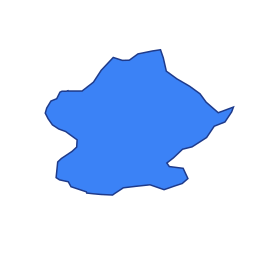 the district of Lemona, Paphos, Cyprus, rotated 36°
{"feature_id": "46923920B60992584913895", "entity_name": "Lemona", "entity_type": "district", "adm_level": 2, "iso_a3": "CYP", "parent_name": "Cyprus", "parent_adm1": "Paphos", "projection": "robinson", "projection_center": [32.562, 34.851], "detail": "fine", "context": "isolated", "style": "filled", "palette": "blue", "viewbox_px": 256, "rotation_deg": 36, "n_neighbors": 0, "source": "geoboundaries", "source_scale": "gbopen_adm2", "svg_char_len": 903}
<svg xmlns="http://www.w3.org/2000/svg" viewBox="0 0 256 256"><g transform="rotate(36 128 128)"><path d="M57.5,133.1L56.4,134.6L53.0,137.0L51.9,139.0L53.1,146.2L49.8,151.5L50.5,159.6L52.3,164.6L58.0,167.5L65.0,169.9L72.6,169.5L79.6,167.5L85.8,167.5L93.8,167.5L97.7,173.6L96.5,179.7L92.0,191.9L91.1,196.8L99.0,210.4L103.1,210.2L111.3,206.6L116.4,209.0L131.9,204.1L132.8,204.9L138.1,201.9L145.3,197.6L154.9,191.3L155.7,188.9L159.4,179.1L168.7,170.5L179.2,161.0L193.4,156.7L196.2,152.7L199.8,147.5L204.5,141.0L206.2,133.7L196.3,128.2L184.1,134.9L180.0,133.5L182.3,125.5L184.6,113.1L190.9,105.6L197.2,89.5L196.7,75.9L202.9,66.1L202.4,54.1L201.0,49.1L192.0,62.6L176.1,61.2L166.1,58.0L153.3,58.0L138.7,59.5L125.6,59.5L115.3,50.5L108.3,45.6L102.5,51.3L92.5,62.2L89.2,72.4L83.7,76.6L74.6,79.6L72.4,97.0L73.1,111.2L69.1,125.1L57.8,133.3L57.5,133.1Z" fill="#3b82f6" stroke="#1e3a8a" stroke-width="1.5"/></g></svg>